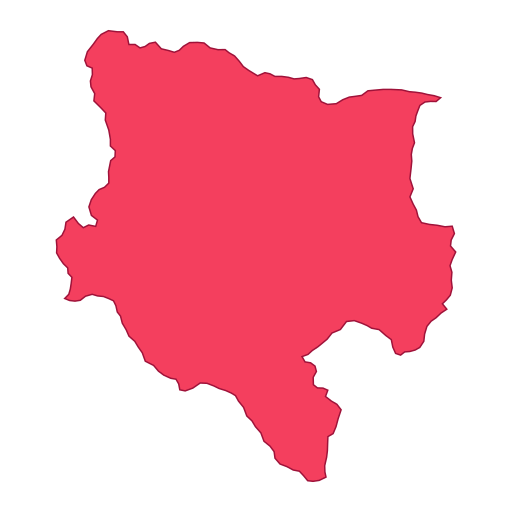 Barra Longa, Minas Gerais, Brazil (Albers equal-area conic projection)
{"feature_id": "56859067B7967554775924", "entity_name": "Barra Longa", "entity_type": "district", "adm_level": 2, "iso_a3": "BRA", "parent_name": "Brazil", "parent_adm1": "Minas Gerais", "projection": "albers", "projection_center": [-43.064, -20.29], "detail": "fine", "context": "isolated", "style": "filled", "palette": "rose", "viewbox_px": 512, "rotation_deg": 0, "n_neighbors": 0, "source": "geoboundaries", "source_scale": "gbopen_adm2", "svg_char_len": 3071}
<svg xmlns="http://www.w3.org/2000/svg" viewBox="0 0 512 512"><path d="M326.0,477.1L324.9,472.0L324.7,465.7L326.6,457.3L327.4,450.7L327.6,444.2L327.9,436.6L333.1,433.6L336.0,426.7L338.1,418.8L341.1,409.8L336.9,404.3L331.4,401.1L325.5,396.5L327.8,390.2L323.0,388.1L317.4,387.9L313.4,384.7L313.2,377.3L316.4,371.5L315.0,366.1L310.6,362.8L305.0,361.9L302.0,356.6L308.0,354.4L312.3,350.5L318.0,346.7L322.5,343.0L327.1,339.2L332.0,333.0L340.4,329.5L346.5,321.5L354.3,320.6L361.7,323.2L367.2,325.6L371.6,328.2L379.1,329.6L385.8,335.5L391.3,339.6L392.8,347.1L395.6,353.4L400.6,355.1L404.7,351.9L409.8,351.5L415.2,350.0L419.8,347.4L423.8,341.3L424.6,334.1L426.9,326.4L431.1,321.2L436.0,317.8L441.1,313.0L446.8,309.2L442.4,303.8L446.5,299.8L450.3,295.2L452.2,287.9L451.3,280.2L451.9,272.3L450.0,265.7L452.2,259.5L455.7,252.0L450.5,246.0L451.2,240.0L454.4,233.6L452.2,226.2L445.0,226.8L437.4,225.3L429.3,224.4L421.5,222.7L418.0,216.7L416.4,210.1L413.2,204.2L409.9,196.9L413.2,188.8L409.9,178.5L411.0,169.0L411.8,161.1L411.3,154.5L412.4,148.3L414.5,142.8L412.7,133.9L412.6,126.7L415.1,121.5L415.9,116.0L417.7,111.0L419.9,105.4L425.0,102.0L430.5,101.4L436.1,101.5L440.6,97.7L434.2,95.7L427.4,94.5L421.8,93.1L415.3,92.2L409.4,91.7L401.7,89.9L390.7,89.4L383.3,89.4L375.4,90.1L367.9,90.8L361.7,95.4L355.5,96.3L349.3,97.1L342.8,99.7L336.3,103.7L327.5,104.4L321.2,101.7L318.6,96.8L319.4,89.3L315.3,84.8L312.4,79.6L306.2,77.5L299.3,78.5L294.1,78.9L288.4,77.3L281.6,76.4L274.9,76.4L270.0,73.8L264.9,72.7L257.6,75.8L253.3,73.2L248.7,70.4L243.3,66.6L239.2,61.2L234.6,56.0L229.1,52.8L225.1,49.6L218.0,49.7L210.1,47.9L204.1,43.0L197.5,42.4L189.6,42.6L183.4,46.3L179.3,50.3L174.3,52.3L168.8,50.6L161.3,48.8L155.4,42.2L149.4,43.4L145.1,46.5L140.0,47.9L135.1,44.5L128.9,44.5L127.3,36.8L123.3,31.8L117.4,31.8L108.4,30.7L101.2,34.4L97.4,38.5L93.4,44.1L87.4,51.7L84.8,60.3L86.9,65.8L92.2,68.1L92.4,74.7L90.4,81.0L91.0,86.8L94.7,93.6L93.9,100.9L100.5,107.4L105.8,113.0L105.3,120.1L108.8,130.1L110.4,139.3L110.4,146.0L115.3,150.6L115.0,156.9L110.7,160.6L109.6,166.1L108.5,171.6L108.8,177.3L108.8,183.1L104.5,187.3L99.1,189.6L95.4,193.4L91.3,199.7L88.9,206.9L91.4,215.4L97.5,220.1L95.7,226.4L88.7,225.0L83.3,227.7L78.4,223.5L73.5,217.0L66.0,222.2L64.9,229.3L62.0,235.3L56.3,240.0L56.9,246.8L56.6,252.9L59.6,258.3L63.4,263.7L67.7,267.9L68.1,273.3L71.9,277.3L71.2,283.3L70.3,289.1L68.8,294.3L64.7,298.5L69.6,300.5L75.0,301.1L80.3,300.3L85.5,296.2L92.2,294.3L97.5,295.9L103.5,296.5L108.6,298.5L113.5,300.8L115.9,305.7L117.3,312.0L120.5,316.1L122.3,323.2L126.2,329.8L129.0,336.2L134.8,341.3L138.3,347.1L142.3,352.8L145.3,361.2L153.6,365.4L158.5,371.2L163.9,375.2L170.8,378.3L176.0,379.2L178.7,383.9L179.8,389.8L185.2,390.9L192.8,388.1L200.2,383.0L207.0,383.3L213.8,385.9L219.1,388.5L225.6,390.5L231.0,392.9L235.5,395.6L238.5,401.1L243.6,407.4L246.8,416.0L252.0,420.9L255.4,426.6L260.9,432.9L264.0,441.3L270.0,446.1L274.1,451.6L275.0,458.2L280.0,464.0L286.9,466.6L293.2,470.0L299.4,471.2L303.6,475.7L307.7,480.7L313.0,481.3L319.2,480.4L326.0,477.1Z" fill="#f43f5e" stroke="#9f1239" stroke-width="1.5"/></svg>